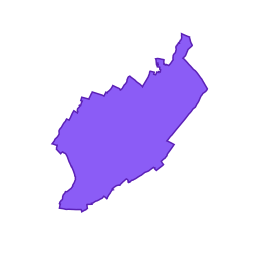 outline of Bunesti-Averesti, Vaslui, Romania, rotated 57°
{"feature_id": "2599482B4031189184546", "entity_name": "Bunesti-Averesti", "entity_type": "district", "adm_level": 2, "iso_a3": "ROU", "parent_name": "Romania", "parent_adm1": "Vaslui", "projection": "orthographic", "projection_center": [27.962, 46.8], "detail": "fine", "context": "isolated", "style": "filled", "palette": "violet", "viewbox_px": 256, "rotation_deg": 57, "n_neighbors": 0, "source": "geoboundaries", "source_scale": "gbopen_adm2", "svg_char_len": 5666}
<svg xmlns="http://www.w3.org/2000/svg" viewBox="0 0 256 256"><g transform="rotate(57 128 128)"><path d="M157.9,229.2L160.5,226.2L162.6,224.2L163.7,222.2L166.4,218.4L168.2,215.9L169.6,213.7L170.8,211.8L172.2,212.1L173.1,212.4L173.1,212.0L173.2,211.4L172.9,211.3L172.9,211.2L173.1,211.0L173.2,210.4L173.3,209.9L173.2,209.4L173.4,209.0L173.6,207.9L173.5,207.7L173.3,206.6L173.4,206.2L173.4,205.9L171.8,205.2L171.2,204.9L170.8,204.6L170.1,204.5L169.9,204.3L169.8,203.9L171.7,200.8L172.3,199.8L171.3,199.6L171.5,199.2L171.8,198.4L171.7,196.2L171.8,194.8L172.2,193.8L172.3,192.9L172.5,191.4L172.5,189.6L172.7,188.8L172.8,188.1L172.7,187.4L172.5,187.0L172.3,186.2L172.3,185.9L172.1,185.4L173.1,185.0L175.8,184.3L175.7,183.8L174.9,183.0L174.3,181.7L173.9,181.0L173.4,179.9L173.0,178.6L172.2,177.2L171.5,175.5L171.4,175.1L171.7,174.1L170.6,174.5L170.5,174.3L170.3,173.8L170.3,173.6L170.4,173.3L170.4,172.7L170.2,172.4L170.1,172.1L170.1,168.9L170.2,168.6L170.9,166.8L171.6,166.0L171.6,165.8L171.2,165.2L171.0,164.4L170.9,163.8L170.7,163.2L170.7,162.8L170.4,161.6L170.3,160.7L170.2,159.8L169.8,157.6L169.8,157.1L170.0,157.0L170.6,156.7L171.4,156.5L171.6,156.6L172.2,156.5L172.8,156.8L173.0,156.7L173.1,157.3L173.3,157.4L174.0,157.3L174.4,155.9L174.0,154.3L173.9,153.4L174.0,153.1L174.2,152.7L174.4,152.0L174.4,150.6L174.6,149.6L174.6,148.5L174.6,146.7L174.5,146.4L174.6,146.1L174.6,144.4L174.7,143.5L174.8,142.3L174.7,141.6L174.5,139.0L174.4,138.5L174.4,138.1L174.5,137.6L174.7,136.8L174.8,136.4L175.2,134.4L175.2,133.3L175.1,133.0L175.1,132.6L175.0,130.9L174.8,128.2L176.2,127.3L176.3,127.6L176.4,127.9L177.6,127.8L179.0,127.4L178.3,119.2L178.0,118.1L175.9,118.3L174.0,118.2L173.5,114.8L173.5,114.5L173.5,113.3L173.2,112.7L172.9,111.7L172.7,110.9L172.3,110.2L172.1,110.0L171.6,109.6L171.2,108.9L168.7,102.4L167.0,98.3L164.4,99.7L161.0,101.7L160.0,102.4L159.5,100.7L158.2,97.0L158.1,96.6L158.0,96.1L158.0,95.8L157.9,95.3L155.6,88.3L151.6,75.4L149.4,69.2L149.1,67.7L148.5,65.8L147.7,63.8L147.5,63.3L147.3,61.7L147.3,61.0L147.2,60.1L146.7,59.2L146.1,58.2L145.5,57.2L145.0,55.9L143.9,53.8L143.5,53.2L142.6,51.9L141.5,50.2L141.2,49.8L140.8,48.8L140.5,47.8L139.8,46.4L139.8,45.9L139.7,43.5L139.6,42.7L139.4,42.1L139.0,41.0L138.4,40.1L134.0,39.9L132.2,39.8L131.8,39.7L131.4,39.8L127.0,39.5L125.5,39.7L120.7,39.9L118.4,40.1L116.6,40.4L114.2,41.3L113.2,41.3L112.5,41.5L110.3,41.8L107.9,42.3L105.5,42.6L103.6,42.9L100.5,43.5L99.4,43.9L98.8,41.1L98.8,40.8L98.6,40.3L96.9,37.8L96.3,37.0L95.6,35.9L94.9,35.1L94.6,33.6L94.3,31.4L94.0,29.9L93.9,29.4L93.8,29.2L93.1,29.1L92.7,28.8L92.2,28.9L91.7,28.9L89.6,28.5L88.0,27.9L85.7,27.2L85.2,26.8L83.3,28.3L82.7,28.6L82.1,29.1L78.1,31.7L78.7,32.0L79.7,32.8L81.3,33.6L82.4,34.7L82.8,35.3L83.1,36.1L83.1,36.3L83.0,36.5L83.4,36.9L83.9,38.0L84.3,38.6L84.0,38.7L84.0,38.9L84.1,39.2L84.6,39.1L84.4,39.4L84.6,39.9L84.7,40.6L85.0,41.5L85.3,41.8L85.5,42.0L85.5,42.8L85.7,43.2L86.2,43.8L86.5,43.9L86.8,44.1L87.6,44.5L88.4,44.8L89.6,46.2L90.3,46.8L90.6,47.3L91.0,49.1L91.4,50.0L91.9,50.7L92.5,51.2L93.2,51.6L93.6,52.1L94.1,52.3L94.7,52.8L95.1,52.8L95.3,52.9L95.5,53.2L95.8,54.2L96.9,56.7L97.2,57.7L97.5,58.4L97.5,59.0L97.8,59.8L95.8,61.1L95.9,61.3L95.6,61.5L95.8,61.8L95.8,62.0L94.5,62.9L94.4,62.7L94.1,62.5L93.6,63.0L92.6,62.2L91.5,61.6L90.5,60.6L90.2,60.7L88.3,62.7L87.3,63.6L85.9,65.2L85.6,65.8L85.0,67.2L85.8,67.3L86.3,67.5L89.0,68.9L89.8,67.6L90.4,68.0L89.5,69.1L90.3,69.5L90.8,68.6L91.3,68.1L91.6,68.3L91.1,68.8L90.7,69.6L91.4,69.7L92.7,70.1L93.1,69.5L94.3,68.3L95.3,68.9L96.3,69.4L96.9,68.9L98.6,70.4L97.4,71.6L98.2,72.0L96.7,73.5L97.5,74.3L97.8,74.7L97.9,75.1L98.4,75.9L96.9,77.2L96.4,76.8L95.9,76.0L95.5,75.6L92.4,78.5L92.8,79.3L94.3,80.6L94.7,81.3L95.0,81.6L95.1,81.9L96.1,83.1L97.7,86.3L100.0,91.0L100.3,91.8L100.8,92.5L101.3,93.4L100.4,93.4L99.8,93.6L99.3,93.8L98.1,94.0L94.6,95.4L93.2,95.8L92.5,95.9L91.6,96.1L86.5,98.0L85.8,98.1L85.5,98.2L85.4,99.1L85.3,99.6L85.4,99.9L85.7,100.6L87.1,102.6L87.9,103.2L88.9,104.3L89.4,105.8L89.7,106.3L89.7,106.9L89.9,107.8L90.2,108.3L90.6,109.2L91.7,111.3L92.1,113.6L91.5,113.9L91.3,113.7L91.1,113.6L90.7,113.6L89.5,114.2L87.9,115.3L84.1,117.6L84.5,118.2L85.2,119.5L85.9,121.1L86.4,123.1L86.5,123.8L86.6,125.3L86.7,125.6L87.1,126.3L87.2,126.5L85.9,127.0L88.1,130.8L86.3,131.8L78.4,138.3L78.7,138.5L78.7,138.8L79.4,140.3L81.0,142.8L81.8,144.3L82.2,144.8L82.5,145.0L82.4,145.1L77.0,150.0L77.7,150.8L79.3,152.7L80.5,151.7L81.4,153.2L83.4,155.6L82.4,156.3L82.6,156.6L83.2,156.2L84.0,157.7L84.2,159.0L84.4,159.8L85.7,161.0L86.8,161.1L87.2,161.4L87.1,161.6L87.3,162.3L87.5,162.4L84.0,164.0L85.1,166.2L86.0,167.8L86.4,168.3L86.5,168.3L86.8,168.7L86.8,168.9L86.9,169.2L87.3,169.7L87.5,169.9L89.3,173.1L87.0,174.6L87.8,176.2L88.3,176.8L88.5,177.5L88.5,177.8L88.6,178.3L89.4,180.2L91.1,183.4L91.3,183.9L91.5,185.1L92.3,186.8L92.9,187.5L94.7,188.5L95.7,189.2L95.8,189.4L96.6,191.1L97.1,192.5L97.6,195.3L98.7,196.9L99.9,200.3L100.6,199.6L103.7,197.3L103.8,197.2L103.9,196.9L104.5,197.3L105.6,198.7L106.2,199.0L106.8,199.6L112.9,198.5L112.5,197.3L112.5,195.8L114.2,195.2L114.5,194.8L115.6,194.3L117.8,194.4L119.3,194.6L124.3,195.8L125.5,195.9L129.6,196.6L129.6,196.3L134.1,197.1L137.7,198.0L139.5,198.8L139.9,198.7L140.5,198.7L140.9,199.1L141.2,199.4L142.6,200.1L143.5,201.5L144.4,202.6L145.6,205.0L146.0,205.7L146.6,205.9L146.9,206.6L147.4,207.9L147.8,208.9L147.7,209.4L148.2,213.9L147.9,214.3L147.3,215.0L147.4,215.4L147.7,215.6L148.4,217.0L148.5,217.7L148.6,218.3L149.8,220.0L151.2,221.1L152.0,221.7L152.3,222.3L152.3,223.6L152.4,223.8L152.8,224.2L152.8,225.0L153.2,225.4L153.4,225.9L153.8,226.3L154.1,226.8L154.4,226.8L155.0,226.2L155.9,227.3L157.9,229.2Z" fill="#8b5cf6" stroke="#5b21b6" stroke-width="1.5"/></g></svg>